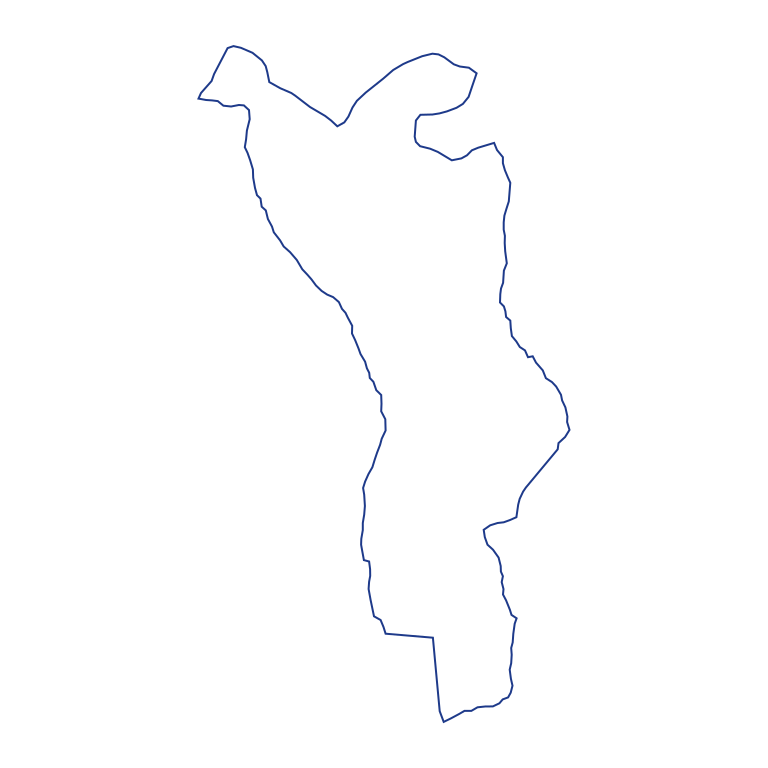 Ivaté, Paraná, Brazil
{"feature_id": "56859067B17675681137034", "entity_name": "Ivaté", "entity_type": "district", "adm_level": 2, "iso_a3": "BRA", "parent_name": "Brazil", "parent_adm1": "Paraná", "projection": "orthographic", "projection_center": [-53.427, -23.376], "detail": "fine", "context": "isolated", "style": "outline", "palette": "blue", "viewbox_px": 768, "rotation_deg": 0, "n_neighbors": 0, "source": "geoboundaries", "source_scale": "gbopen_adm2", "svg_char_len": 2869}
<svg xmlns="http://www.w3.org/2000/svg" viewBox="0 0 768 768"><path d="M494.1,142.9L478.2,147.7L471.9,150.3L467.0,155.3L461.4,158.4L451.8,160.3L437.8,151.9L430.1,148.7L420.1,146.2L415.9,141.9L414.7,136.7L415.9,120.5L420.4,114.8L432.5,114.5L439.5,113.4L446.9,111.4L456.5,107.8L462.9,103.9L468.6,96.9L472.4,85.6L476.6,73.3L468.9,67.7L459.8,66.5L453.8,64.3L444.3,57.3L438.5,54.4L432.4,53.7L422.2,56.2L407.7,62.0L403.1,64.1L393.2,70.0L383.0,78.8L365.7,92.6L356.9,100.8L352.5,107.5L348.4,116.6L344.3,122.4L337.3,126.3L331.1,120.5L325.1,115.9L310.0,107.0L295.4,95.8L291.3,93.0L280.2,88.2L269.3,82.1L267.3,72.2L265.7,66.1L261.9,60.4L252.5,52.8L240.9,47.8L233.5,46.1L227.6,48.1L214.1,74.0L211.6,81.0L201.0,93.0L198.5,98.6L206.1,100.0L212.1,100.4L217.8,101.1L223.4,105.7L231.1,106.5L238.9,105.0L243.9,105.4L249.0,110.1L249.7,119.2L246.9,130.6L246.1,139.3L244.8,147.2L247.5,152.8L250.1,160.1L252.9,169.4L253.2,177.8L255.0,187.9L257.0,195.2L260.5,198.6L261.7,206.7L265.8,210.4L267.9,219.0L272.0,226.6L273.8,232.3L280.1,240.4L283.7,246.5L290.1,252.2L296.8,260.0L302.3,269.3L307.4,274.7L311.5,279.4L316.0,285.5L321.6,290.9L327.2,294.6L333.1,297.1L338.9,302.1L342.0,308.9L345.5,312.8L347.8,317.6L352.2,325.8L352.0,333.5L355.1,340.0L358.5,348.4L360.5,354.0L365.1,361.7L366.9,368.3L369.2,372.8L369.8,378.0L373.4,381.8L376.3,390.2L381.2,395.0L381.5,403.8L381.2,411.3L385.3,419.2L385.6,430.5L381.7,438.8L380.1,444.8L377.1,452.6L374.7,459.7L372.4,467.2L368.5,474.0L365.1,481.6L363.1,488.0L364.2,494.7L364.9,506.0L364.2,514.6L362.8,523.0L362.8,530.1L361.3,538.8L361.1,544.7L362.1,550.3L363.9,560.1L369.1,561.5L370.1,569.2L370.2,575.9L369.1,581.8L368.6,589.0L370.6,600.0L374.0,616.3L380.6,620.0L383.5,627.0L385.6,633.7L432.9,637.7L439.7,711.2L443.7,721.9L450.7,718.5L459.1,714.0L464.4,710.9L471.3,710.9L477.5,707.3L485.1,706.5L492.9,706.4L499.4,703.3L502.7,699.4L508.1,697.4L510.7,692.7L512.5,685.7L510.9,678.7L509.7,669.6L511.2,663.2L511.7,654.8L511.2,648.0L512.7,642.4L513.3,633.8L514.7,623.7L516.6,618.3L511.5,614.9L509.9,609.8L506.1,600.4L503.0,594.5L503.5,589.1L501.7,582.1L502.9,576.2L500.9,571.6L500.7,566.0L498.6,557.6L493.0,549.7L487.5,544.7L484.8,537.1L483.7,529.8L490.2,525.3L497.6,523.0L503.7,522.3L509.8,520.1L516.4,517.2L518.2,504.6L519.7,498.8L523.1,491.6L525.9,487.5L557.7,449.3L558.5,443.1L565.1,437.0L569.5,429.9L567.1,422.0L567.4,416.5L565.4,407.4L562.1,400.4L561.0,394.8L556.2,386.6L552.0,382.1L545.9,378.2L542.8,370.4L536.0,362.6L532.7,356.3L528.0,357.2L525.0,350.4L519.8,347.0L516.3,341.4L511.9,336.1L510.8,328.2L510.3,320.6L506.1,317.0L505.4,311.3L503.9,306.4L500.0,302.5L500.3,294.1L501.0,288.6L503.1,282.8L503.9,270.6L506.8,263.3L505.2,251.3L504.7,243.0L504.9,235.8L503.7,229.6L503.7,222.4L504.4,215.6L506.5,208.6L508.8,201.4L510.3,182.8L507.8,177.2L504.9,170.2L502.9,163.2L502.9,157.2L497.0,150.0L494.1,142.9Z" fill="none" stroke="#1e3a8a" stroke-width="2"/></svg>